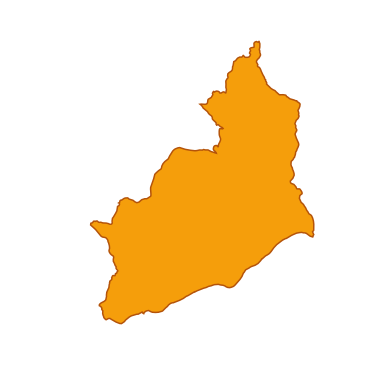 outline of Marmato, Caldas, Colombia, rotated 62°
{"feature_id": "7082276B17776075078711", "entity_name": "Marmato", "entity_type": "district", "adm_level": 2, "iso_a3": "COL", "parent_name": "Colombia", "parent_adm1": "Caldas", "projection": "mercator", "projection_center": [-75.61, 5.489], "detail": "fine", "context": "isolated", "style": "filled", "palette": "amber", "viewbox_px": 384, "rotation_deg": 62, "n_neighbors": 0, "source": "geoboundaries", "source_scale": "gbopen_adm2", "svg_char_len": 5963}
<svg xmlns="http://www.w3.org/2000/svg" viewBox="0 0 384 384"><g transform="rotate(62 192 192)"><path d="M274.6,292.4L276.1,292.2L276.8,291.7L276.0,290.8L275.7,289.5L275.6,288.0L276.3,285.9L278.4,284.5L279.6,283.4L281.3,280.6L282.4,278.1L283.2,274.5L283.2,273.7L281.9,269.5L281.5,267.5L280.7,265.7L280.3,263.1L280.6,261.4L281.0,260.6L281.8,253.9L281.9,249.7L281.4,245.9L281.6,244.6L281.3,236.6L281.6,236.6L281.6,234.1L282.4,226.9L283.0,224.2L283.1,221.7L283.8,219.1L284.1,216.9L284.3,215.8L285.9,212.1L287.6,210.3L288.8,208.5L290.2,207.2L291.8,206.3L293.0,205.3L294.1,203.7L294.5,202.4L294.7,200.9L294.8,199.5L294.3,197.5L291.6,190.5L290.0,187.5L287.8,184.8L287.3,183.5L285.9,181.2L285.9,177.2L285.7,176.5L285.7,174.4L286.3,170.7L286.1,167.2L284.7,163.3L284.1,162.3L284.0,161.4L283.8,161.4L283.8,160.6L282.9,157.0L282.9,155.2L282.7,153.0L282.3,151.6L281.6,149.9L279.6,145.9L278.2,141.9L277.0,134.7L277.0,131.7L277.3,130.4L277.0,124.7L277.1,122.4L277.4,119.0L278.3,116.2L279.1,114.2L280.5,112.6L281.1,111.5L282.3,110.4L286.5,108.4L288.4,106.5L288.3,106.2L287.5,105.7L286.8,104.5L283.7,104.3L283.3,103.2L282.9,102.5L277.6,99.6L274.6,98.4L271.5,97.7L269.0,97.6L268.0,97.9L266.1,99.0L263.7,99.0L262.1,99.3L259.1,99.1L257.1,99.4L255.7,99.4L254.0,99.8L252.6,100.5L248.1,100.2L245.8,98.5L245.3,96.5L245.3,95.9L245.0,95.5L244.4,95.2L243.0,95.0L240.3,95.3L239.7,95.7L238.7,97.6L238.2,98.0L236.2,97.8L233.1,98.5L230.9,100.4L230.0,100.6L228.5,100.1L227.3,96.6L225.1,93.9L223.5,93.2L221.1,92.7L219.2,92.6L217.9,92.1L215.7,92.1L214.9,91.9L214.1,91.7L211.8,90.2L211.5,89.9L210.8,87.6L209.6,85.8L209.5,85.2L208.8,84.6L207.5,83.2L205.3,81.6L204.6,80.2L203.7,79.4L201.9,77.0L200.5,75.6L198.9,75.0L193.4,74.6L189.5,73.9L188.6,73.2L188.1,72.3L187.3,71.6L187.2,70.9L186.3,70.3L183.7,70.2L182.3,69.2L180.0,69.1L177.6,66.3L176.9,63.9L175.7,62.3L175.1,61.8L174.0,61.8L172.9,60.9L171.6,60.4L169.9,60.2L169.6,60.0L168.3,58.1L167.1,56.7L165.1,55.3L164.1,55.4L162.4,56.2L161.6,56.7L160.6,56.7L160.0,57.7L158.7,58.7L155.7,61.8L152.8,63.1L152.3,63.6L150.7,63.7L150.2,64.1L148.8,66.0L147.3,69.0L146.7,69.4L143.1,70.7L141.5,71.1L139.6,72.5L137.7,73.6L131.7,75.5L130.8,74.8L129.6,74.7L128.8,74.9L128.4,74.8L127.6,74.3L126.1,74.7L124.9,74.3L121.8,74.4L118.1,74.2L115.7,73.9L113.7,74.0L112.3,75.0L111.9,75.1L111.3,74.9L110.5,74.1L107.6,74.1L106.6,73.5L106.3,73.1L105.5,71.3L105.2,70.0L103.6,67.5L102.6,66.9L100.4,66.6L99.3,65.9L98.0,65.8L95.9,64.1L93.0,62.5L90.0,62.0L90.7,62.5L90.9,63.2L89.3,64.6L89.2,66.2L89.6,67.2L90.0,67.6L93.0,69.0L93.2,69.3L93.1,69.9L92.4,72.1L92.4,72.9L92.7,73.7L93.5,73.9L94.6,73.9L95.0,74.1L95.6,75.3L96.3,76.0L96.7,76.0L97.7,75.7L98.2,75.9L99.1,77.0L99.5,78.1L99.4,79.1L98.9,80.3L98.0,81.8L97.6,82.1L96.7,82.2L95.5,82.7L96.2,84.3L96.1,85.0L95.3,86.4L95.2,88.6L95.4,89.4L96.5,91.9L96.5,93.9L99.7,96.4L100.5,97.4L102.2,98.4L103.2,99.3L103.7,100.4L104.0,103.4L104.5,104.9L106.3,106.1L107.4,106.2L108.1,106.7L108.6,108.1L109.8,109.9L110.4,110.3L112.8,111.4L115.6,113.0L117.5,113.4L120.3,115.5L120.2,116.0L119.0,116.5L118.4,117.2L118.2,117.9L118.3,119.6L117.8,120.8L116.1,121.1L115.2,121.8L114.3,123.2L114.2,125.5L113.4,125.6L113.4,125.8L113.5,126.3L114.4,127.6L115.9,127.9L117.6,130.7L117.7,133.9L117.9,134.4L118.4,134.9L120.1,136.1L120.8,136.8L121.1,138.0L120.9,138.7L120.6,139.5L118.7,142.6L118.3,143.7L119.9,143.0L121.8,142.7L123.2,142.7L128.3,140.6L130.2,140.5L131.6,140.2L133.9,139.1L134.5,139.0L135.7,139.1L137.0,139.7L138.6,139.4L141.8,138.3L142.4,138.3L143.5,138.9L144.6,138.8L144.7,137.4L145.3,137.0L147.6,136.3L149.1,135.1L150.5,134.7L150.6,135.3L149.6,136.8L149.2,137.7L149.6,138.4L151.0,139.4L153.7,140.8L155.1,141.3L158.2,141.7L159.4,142.3L160.6,143.6L162.6,146.4L164.2,147.4L164.3,147.7L163.9,148.1L162.8,148.2L162.2,148.9L161.9,150.2L162.1,151.2L163.2,152.4L164.3,153.1L165.4,153.1L166.7,152.6L168.6,152.2L169.2,152.3L165.1,156.3L162.5,158.0L162.0,158.8L161.4,160.0L160.8,160.9L160.1,161.6L159.9,162.0L159.9,163.1L158.5,165.5L157.7,168.3L157.0,170.0L154.4,173.8L151.1,178.0L147.0,182.0L146.4,183.8L146.1,186.5L146.2,187.8L146.8,189.8L149.6,194.7L151.6,197.4L152.4,201.7L153.4,204.3L155.0,206.5L156.7,207.9L157.1,208.5L157.5,211.6L158.2,214.4L158.9,216.5L162.4,219.7L168.5,226.3L170.0,227.2L174.7,229.3L175.9,230.0L176.4,230.6L176.7,234.5L176.6,235.3L175.8,236.8L175.2,239.9L175.6,241.9L176.0,243.1L175.8,244.7L175.5,245.8L173.9,247.0L171.6,248.0L168.7,250.9L167.2,251.4L166.9,251.7L166.0,253.7L165.8,254.8L166.1,258.1L165.8,258.5L165.8,259.3L166.0,259.8L167.1,260.7L167.2,261.7L167.4,261.5L168.0,261.7L168.6,261.6L169.5,262.5L169.7,262.8L169.8,264.5L173.4,267.2L175.0,269.5L177.5,273.6L177.8,274.5L180.1,276.2L181.7,276.9L182.3,277.4L182.5,278.0L182.5,278.6L181.9,279.7L180.5,280.8L179.2,282.3L177.4,285.3L175.9,286.7L175.3,288.1L174.8,288.7L173.1,289.3L172.7,290.1L172.7,290.9L172.2,291.3L171.6,292.7L172.1,293.6L172.4,294.4L172.1,296.0L173.5,297.0L180.0,294.7L188.1,293.1L189.6,292.3L191.8,289.6L194.0,289.0L195.3,289.0L196.5,289.5L197.7,289.5L200.7,290.2L203.0,291.2L204.8,292.8L206.0,293.2L208.1,293.1L209.7,292.6L211.6,291.6L212.7,291.7L214.5,293.1L216.3,294.0L218.4,294.0L220.6,294.3L221.2,294.3L222.1,294.0L223.4,294.7L223.9,294.9L225.0,294.8L226.5,294.4L227.1,294.8L227.3,295.6L228.4,296.8L228.3,297.3L228.1,297.8L228.3,298.0L229.6,299.1L229.7,299.3L228.7,300.9L228.8,301.6L229.3,302.3L229.9,302.9L230.0,303.2L231.1,303.5L231.6,304.1L232.2,306.5L232.9,306.8L233.2,307.3L233.9,307.6L235.1,308.7L237.3,310.2L240.5,314.3L242.8,315.9L244.2,316.6L246.7,318.7L247.0,319.4L247.3,320.8L247.3,324.6L247.6,325.9L248.1,326.8L248.6,327.1L249.0,327.2L249.7,326.6L250.6,326.3L251.8,326.1L252.8,326.4L252.9,326.6L253.6,326.8L255.0,326.5L257.7,328.1L258.5,328.1L259.2,328.4L260.0,328.4L261.2,328.7L262.2,328.7L263.1,328.3L263.9,328.3L264.5,327.6L264.4,325.4L265.1,323.8L266.1,323.3L271.2,320.1L274.2,317.5L275.1,316.0L274.7,312.4L273.9,310.9L272.9,305.8L272.9,303.5L274.0,298.1L274.6,296.9L274.6,292.4Z" fill="#f59e0b" stroke="#b45309" stroke-width="1.5"/></g></svg>